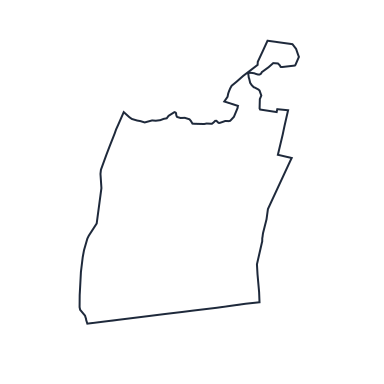 outline of Livada, Arad, Romania, rotated 164°
{"feature_id": "2599482B75985324598985", "entity_name": "Livada", "entity_type": "district", "adm_level": 2, "iso_a3": "ROU", "parent_name": "Romania", "parent_adm1": "Arad", "projection": "natural_earth1", "projection_center": [21.379, 46.217], "detail": "fine", "context": "isolated", "style": "outline", "palette": "slate", "viewbox_px": 384, "rotation_deg": 164, "n_neighbors": 0, "source": "geoboundaries", "source_scale": "gbopen_adm2", "svg_char_len": 1988}
<svg xmlns="http://www.w3.org/2000/svg" viewBox="0 0 384 384"><g transform="rotate(164 192 192)"><path d="M329.0,98.3L328.9,94.3L267.9,84.7L251.8,82.2L234.0,79.3L223.6,77.7L200.2,73.9L171.2,69.8L157.5,67.4L155.1,77.2L151.7,94.9L149.5,104.6L138.8,124.0L138.1,125.2L137.8,126.3L137.5,127.1L137.3,127.9L137.2,128.2L136.5,129.6L135.7,131.5L135.0,133.0L133.6,135.4L127.9,145.2L123.7,154.7L99.1,183.1L88.7,195.1L86.8,197.2L99.2,204.1L89.1,222.0L84.6,230.5L77.1,244.1L87.2,248.1L88.4,245.9L88.6,245.5L103.8,252.5L104.0,253.7L101.5,261.6L101.2,262.6L98.8,265.6L99.1,270.9L99.9,272.2L103.1,275.3L103.8,275.7L104.4,276.9L105.1,278.1L106.0,280.9L105.9,282.9L105.8,285.3L105.9,286.4L105.5,288.9L105.4,290.1L105.0,290.6L104.2,290.8L102.2,290.2L99.5,289.0L97.9,287.8L96.1,286.7L94.7,286.3L93.3,286.6L92.8,287.0L91.8,288.0L84.1,290.8L78.4,293.5L74.0,291.9L72.7,289.6L72.3,287.8L71.0,287.3L58.3,285.2L57.5,285.7L52.0,292.4L52.2,295.0L52.5,300.9L54.7,306.4L77.7,316.6L84.9,308.2L92.9,299.0L93.9,296.1L110.8,289.5L118.6,285.8L119.5,285.4L124.6,283.2L126.7,281.1L128.7,278.6L130.1,276.6L131.6,273.7L136.0,270.1L124.1,262.1L124.3,261.8L125.1,260.1L129.4,254.7L131.0,252.7L135.0,250.3L135.8,249.9L137.2,250.0L138.3,250.4L140.5,251.1L143.5,250.9L146.1,250.8L147.0,250.9L147.6,251.4L148.9,253.7L150.1,254.0L151.0,253.5L152.3,252.8L154.1,252.1L159.1,253.8L161.6,254.0L171.1,257.0L172.7,257.6L173.5,260.6L174.4,262.6L178.5,265.3L182.6,266.3L185.6,268.2L185.9,269.2L185.9,270.5L185.6,272.2L186.0,273.0L186.9,273.6L193.5,271.7L196.0,269.8L199.0,270.1L202.7,269.8L207.2,270.5L210.6,271.8L218.3,271.9L222.1,274.4L225.0,275.8L229.7,278.8L231.6,281.2L235.6,287.6L244.8,276.5L247.7,273.1L250.1,269.7L255.0,263.3L255.4,262.8L258.7,258.5L264.1,251.3L273.4,238.5L275.0,234.6L278.0,220.7L292.3,188.0L303.2,178.5L305.4,176.1L311.8,165.9L315.0,159.5L320.8,145.8L325.8,131.3L328.4,123.8L331.8,112.3L332.0,109.6L328.9,102.6L328.9,101.0L328.8,99.3L329.0,98.4L329.0,98.3Z" fill="none" stroke="#1e293b" stroke-width="2"/></g></svg>